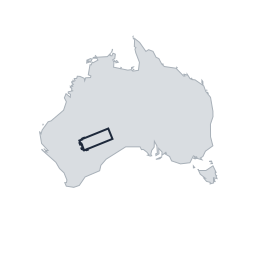 location of Laverton, Western Australia, Australia, rotated 338°
{"feature_id": "25037944B80817080024086", "entity_name": "Laverton", "entity_type": "district", "adm_level": 2, "iso_a3": "AUS", "parent_name": "Australia", "parent_adm1": "Western Australia", "projection": "mercator", "projection_center": [123.06, -27.938], "detail": "fine", "context": "in_parent", "style": "outline", "palette": "slate", "viewbox_px": 256, "rotation_deg": 338, "n_neighbors": 0, "source": "geoboundaries", "source_scale": "gbopen_adm2", "svg_char_len": 4971}
<svg xmlns="http://www.w3.org/2000/svg" viewBox="0 0 256 256"><g transform="rotate(338 128 128)"><path d="M170.8,53.0L173.3,63.7L176.4,63.1L179.9,66.3L180.5,72.9L182.6,75.2L183.2,81.3L184.7,84.6L194.9,90.6L199.0,100.6L200.2,101.1L200.4,99.3L202.7,101.1L203.0,100.2L204.0,105.4L205.3,106.9L208.2,108.5L214.0,117.3L213.8,123.2L216.0,130.5L213.0,144.3L211.0,149.4L205.9,155.3L201.2,167.2L200.0,176.3L191.1,178.5L186.7,182.5L184.0,182.9L184.7,185.2L180.4,181.8L181.0,181.0L180.7,180.2L180.0,180.2L178.5,181.6L177.5,180.7L179.2,179.4L178.2,178.3L172.4,183.4L163.2,180.9L156.1,174.8L155.9,170.0L152.6,165.8L154.0,166.0L154.0,164.7L149.2,166.0L150.6,162.9L148.8,158.4L147.1,163.5L143.6,164.0L144.1,162.3L145.8,162.3L148.1,155.3L147.5,150.1L145.1,155.5L141.6,157.6L139.3,160.9L139.6,162.6L138.2,162.4L136.0,160.5L137.4,160.5L136.4,157.3L134.2,153.6L132.4,153.1L132.1,150.0L118.8,144.6L96.1,148.7L88.9,152.4L85.7,157.0L69.9,157.3L61.3,163.0L55.5,162.7L49.0,158.8L48.9,155.0L50.5,155.6L51.9,153.3L51.9,145.6L49.3,139.9L48.3,132.8L41.1,118.3L43.9,119.9L42.2,115.5L43.4,118.1L45.5,118.9L42.1,110.0L44.7,98.0L45.2,100.8L47.7,97.7L56.3,92.3L59.3,92.6L74.9,87.4L80.7,80.6L80.3,76.2L83.4,73.0L86.0,77.9L87.3,75.2L85.6,73.3L86.2,72.1L91.2,72.9L89.6,72.4L90.7,70.5L89.8,68.8L92.4,68.5L91.5,67.3L93.7,67.1L92.9,65.3L94.9,63.2L95.0,64.5L96.6,64.3L96.7,62.0L99.0,62.8L100.4,61.0L102.8,62.2L106.0,65.5L105.5,68.0L107.6,65.6L112.2,67.2L113.1,65.8L111.1,63.8L116.5,55.1L117.6,55.7L119.4,53.5L120.0,54.4L125.5,53.8L125.4,51.7L121.7,50.1L122.3,49.6L135.6,54.1L139.4,52.4L138.5,54.1L140.1,55.1L142.1,53.0L143.9,54.8L141.8,58.6L139.4,59.0L139.6,61.8L137.4,66.2L149.5,74.3L152.8,75.1L153.8,77.1L159.3,78.4L163.2,71.4L163.4,61.2L164.0,57.4L165.4,56.5L164.4,54.8L167.7,47.5L170.8,53.0ZM177.5,193.8L184.4,196.6L192.6,194.9L193.1,202.7L192.6,201.3L191.8,203.0L191.6,208.3L188.6,206.1L186.8,211.0L183.2,210.6L183.9,209.2L180.8,206.9L179.5,202.8L180.9,203.5L177.7,197.9L177.5,193.8ZM115.5,49.7L119.3,49.6L120.5,50.7L117.9,52.9L115.5,49.7ZM142.1,167.5L148.9,167.3L146.0,168.4L142.1,167.5ZM142.8,61.2L143.6,63.4L141.2,63.0L141.6,61.5L142.8,61.2ZM213.6,116.3L213.5,113.6L214.4,111.4L214.8,113.0L213.6,116.3ZM190.7,189.3L193.0,189.9L193.0,191.0L190.7,189.3ZM115.1,50.3L116.4,52.4L114.0,52.3L115.1,50.3ZM175.0,189.7L173.7,189.5L174.4,187.6L175.0,189.7ZM155.8,73.4L154.6,74.0L153.4,74.4L154.0,73.2L155.8,73.4ZM41.1,117.7L40.1,116.4L40.0,115.2L41.1,117.7ZM192.5,192.0L193.4,192.8L191.7,192.2L192.5,192.0ZM204.8,105.7L205.7,105.7L205.7,106.9L204.8,105.7ZM183.4,81.2L184.5,81.9L184.3,82.3L183.4,81.2ZM188.6,209.0L188.7,210.3L187.8,209.9L188.6,209.0ZM215.2,124.3L215.3,125.8L215.1,125.7L215.2,124.3ZM125.2,49.5L124.5,49.0L125.0,48.7L125.2,49.5ZM143.0,49.7L142.0,50.7L143.1,48.9L143.0,49.7ZM215.3,122.5L214.9,123.0L215.2,122.4L215.3,122.5ZM144.4,69.5L143.8,69.8L144.1,69.2L144.4,69.5ZM140.9,61.2L140.3,61.3L140.7,60.6L140.9,61.2ZM50.8,92.3L50.6,93.2L50.3,93.2L50.8,92.3ZM166.6,47.0L166.5,47.8L166.3,47.2L166.6,47.0ZM180.0,180.6L180.1,181.2L179.9,181.0L180.0,180.6ZM141.8,51.1L140.5,51.8L141.8,50.9L141.8,51.1ZM93.0,64.2L92.6,64.7L92.9,64.1L93.0,64.2ZM189.1,208.0L188.6,208.3L188.9,207.8L189.1,208.0ZM155.2,76.0L154.5,76.0L154.9,75.5L155.2,76.0ZM90.5,68.2L90.1,68.5L90.1,67.8L90.5,68.2ZM192.4,205.3L191.8,205.7L192.0,204.9L192.4,205.3ZM167.0,45.0L166.9,45.5L166.6,45.3L167.0,45.0ZM179.6,181.4L180.2,181.9L179.2,181.8L179.6,181.4ZM196.2,90.5L195.7,90.6L195.9,90.0L196.2,90.5ZM200.0,99.2L199.8,99.2L199.9,98.7L200.0,99.2ZM177.8,192.9L177.6,193.3L177.4,192.8L177.8,192.9Z" fill="#d9dde1" stroke="#a8b0b8" stroke-width="1"/><path d="M109.5,121.1L107.7,121.1L106.6,121.1L101.5,121.1L98.5,121.1L95.4,121.1L92.2,121.1L90.7,121.1L90.4,121.1L90.2,121.1L89.9,121.1L89.7,121.1L89.4,121.1L89.2,121.1L88.9,121.1L88.7,121.1L88.4,121.1L88.2,121.1L87.9,121.1L87.7,121.1L87.4,121.1L87.2,121.1L86.9,121.1L86.7,121.1L86.4,121.1L86.2,121.1L85.9,121.1L85.7,121.1L85.4,121.1L85.2,121.1L84.9,121.1L84.7,121.1L84.4,121.1L84.2,121.1L83.9,121.1L83.7,121.1L83.7,120.8L83.4,120.8L83.4,120.6L83.2,120.6L82.9,120.6L82.7,120.6L82.2,120.6L82.2,120.9L81.2,120.9L81.2,121.5L79.5,121.5L79.5,121.4L78.2,121.4L78.2,123.7L77.7,123.7L77.7,123.8L77.5,124.0L77.4,124.0L77.4,124.5L77.4,125.4L77.5,125.4L77.7,125.6L77.8,125.6L78.0,125.6L78.2,125.4L78.2,125.2L78.7,125.2L79.0,125.1L79.1,126.1L78.7,126.1L78.7,127.5L79.0,127.5L79.0,128.5L79.0,128.8L79.0,129.0L79.0,129.5L78.7,129.5L78.4,129.5L78.3,129.4L77.5,129.4L77.2,129.4L77.2,130.0L77.4,130.0L77.5,130.2L78.3,130.2L78.3,130.8L78.5,130.8L78.5,131.1L78.5,131.4L78.8,131.4L78.8,131.7L79.0,131.7L79.0,132.1L79.0,132.3L79.4,132.3L80.0,132.3L80.9,132.3L81.0,132.4L81.0,132.5L80.9,132.5L81.0,132.6L80.9,132.6L81.0,132.6L81.0,132.8L81.1,133.0L82.4,133.1L82.4,132.6L82.5,132.6L82.5,132.2L83.0,132.2L83.0,132.3L84.1,132.3L85.7,132.3L87.9,132.3L91.4,132.3L92.6,132.3L95.3,132.3L98.1,132.3L98.6,132.3L102.3,132.3L107.3,132.3L109.5,132.3L109.5,127.7L109.5,121.1Z" fill="none" stroke="#1e293b" stroke-width="2"/></g></svg>